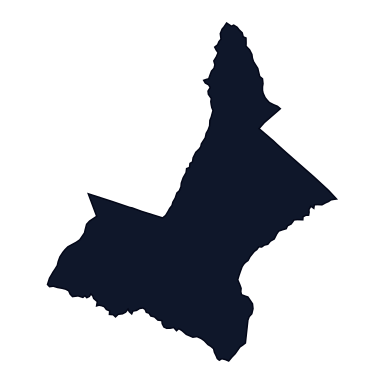 Araruna, Paraná, Brazil (Mercator projection)
{"feature_id": "56859067B30533502140604", "entity_name": "Araruna", "entity_type": "district", "adm_level": 2, "iso_a3": "BRA", "parent_name": "Brazil", "parent_adm1": "Paraná", "projection": "mercator", "projection_center": [-52.579, -23.926], "detail": "fine", "context": "isolated", "style": "filled", "palette": "ink", "viewbox_px": 384, "rotation_deg": 0, "n_neighbors": 0, "source": "geoboundaries", "source_scale": "gbopen_adm2", "svg_char_len": 2937}
<svg xmlns="http://www.w3.org/2000/svg" viewBox="0 0 384 384"><path d="M226.6,23.0L224.0,26.9L222.1,29.1L220.3,33.6L221.0,39.2L219.0,41.5L217.6,44.8L214.7,47.1L216.3,50.2L218.1,52.7L216.3,56.9L213.8,60.9L214.9,64.8L214.0,68.3L211.5,71.1L209.9,75.4L208.7,78.8L206.3,79.4L203.7,80.3L205.3,83.0L208.7,84.9L210.2,87.6L208.0,91.1L208.4,94.3L211.3,98.5L210.8,101.6L211.2,104.5L211.8,107.6L213.0,110.4L211.2,117.2L209.9,120.3L209.6,125.9L208.1,130.0L206.2,133.3L205.3,137.7L203.0,141.3L201.4,143.8L200.8,146.7L199.3,148.9L195.8,152.3L193.1,157.8L192.5,161.9L190.0,163.4L189.5,167.5L186.6,168.6L186.1,172.6L183.2,177.7L181.3,183.1L181.0,186.8L179.3,190.8L176.9,193.0L175.2,198.1L172.9,202.1L172.0,205.5L169.7,208.4L168.1,211.4L165.6,215.5L162.6,217.9L141.7,211.4L135.7,209.2L132.2,207.9L129.6,207.4L112.2,201.5L88.3,193.8L96.7,216.3L89.5,221.1L86.6,224.3L85.2,229.7L84.5,232.9L79.8,239.8L76.2,242.3L67.9,246.8L65.1,249.6L62.9,252.3L59.9,256.9L58.2,261.6L57.3,265.5L55.0,269.2L53.1,272.0L51.5,274.8L49.5,278.2L47.5,284.5L49.6,286.7L53.3,286.2L57.6,287.5L62.2,288.3L65.7,289.2L68.7,290.8L70.2,294.2L72.5,296.6L78.1,295.9L82.9,297.4L84.9,295.7L86.8,297.7L89.4,296.4L90.8,294.0L92.7,295.7L93.7,298.5L97.3,301.6L96.6,305.9L99.0,305.2L101.7,305.7L104.3,306.7L106.4,309.5L109.7,310.9L109.4,314.4L113.2,314.7L115.5,316.9L118.2,314.3L122.5,313.8L125.6,312.2L128.0,309.1L129.2,311.6L131.7,313.9L132.9,311.1L136.6,310.4L139.6,308.5L142.9,308.0L145.1,309.4L146.3,312.3L149.1,313.2L150.8,316.0L154.5,316.9L157.9,320.1L161.9,320.6L162.2,323.7L163.9,327.0L166.7,328.3L170.5,328.2L173.7,327.5L176.5,330.7L178.8,328.6L182.1,330.7L186.3,334.4L189.4,335.7L192.8,337.2L197.0,336.6L201.2,338.5L204.3,340.7L208.0,344.6L210.8,346.3L213.6,348.7L214.4,352.2L216.2,355.9L217.3,358.6L219.3,360.2L221.8,358.7L225.4,359.6L228.7,361.0L231.9,357.1L235.2,353.7L239.9,347.0L242.7,345.1L245.4,343.0L247.9,320.1L249.2,316.6L251.8,313.8L253.0,308.7L252.5,303.8L247.9,297.0L245.4,296.2L241.5,294.7L240.8,291.7L241.1,288.3L239.6,284.2L237.7,279.8L239.0,275.4L240.3,271.6L242.1,266.7L243.7,264.2L245.4,262.4L248.0,260.5L250.0,256.7L254.3,251.4L256.8,249.6L258.8,246.8L261.7,247.0L264.3,245.1L267.8,244.3L270.3,241.2L274.2,239.0L276.7,234.0L278.7,231.1L282.4,229.8L286.2,228.7L287.5,225.8L291.1,224.0L294.1,219.9L297.7,219.6L302.8,219.8L303.0,216.8L305.8,215.3L308.6,215.2L309.1,212.3L308.9,209.6L310.8,206.2L313.8,208.3L314.3,204.8L317.5,204.6L322.0,204.8L325.6,202.8L328.6,201.5L330.8,199.9L333.5,199.4L336.5,199.0L328.6,190.5L314.2,177.2L285.6,152.1L276.4,143.8L273.6,141.1L259.0,128.6L264.3,122.6L280.3,108.7L277.5,106.3L273.6,104.7L269.3,102.5L267.1,100.1L265.1,97.6L263.1,93.2L262.5,90.4L262.5,86.8L263.0,83.7L262.5,78.8L259.7,76.5L258.4,71.1L257.8,68.4L256.2,65.9L253.5,61.6L252.4,58.1L251.9,54.4L249.6,49.9L246.0,46.1L246.1,43.1L246.0,38.0L243.2,36.8L242.2,32.8L239.0,29.7L237.2,27.3L233.7,25.1L231.4,26.2L226.6,23.0Z" fill="#0f172a" stroke="#020617" stroke-width="1.5"/></svg>